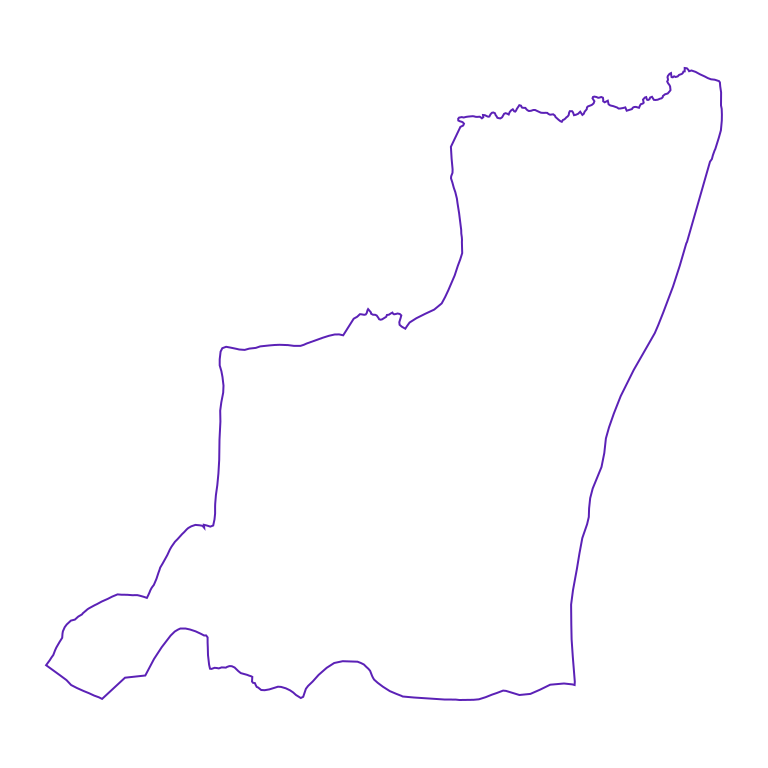 Odongk, Kâmpóng Spœ, Cambodia (Robinson projection)
{"feature_id": "14789045B64989528784016", "entity_name": "Odongk", "entity_type": "district", "adm_level": 2, "iso_a3": "KHM", "parent_name": "Cambodia", "parent_adm1": "Kâmpóng Spœ", "projection": "robinson", "projection_center": [104.6, 11.691], "detail": "fine", "context": "isolated", "style": "outline", "palette": "violet", "viewbox_px": 768, "rotation_deg": 0, "n_neighbors": 0, "source": "geoboundaries", "source_scale": "gbopen_adm2", "svg_char_len": 6035}
<svg xmlns="http://www.w3.org/2000/svg" viewBox="0 0 768 768"><path d="M460.4,126.9L450.9,146.8L451.6,158.6L452.6,169.4L452.5,172.8L451.2,176.2L451.0,178.3L452.4,182.6L453.8,187.8L455.3,192.1L456.9,198.6L457.5,203.1L459.1,213.2L461.2,230.0L461.3,233.6L461.8,237.1L462.0,239.8L461.9,242.0L462.2,253.1L460.2,259.5L457.8,265.9L454.7,275.4L448.3,290.3L445.1,297.1L441.7,303.4L434.2,309.6L425.2,313.8L416.4,318.2L409.6,322.5L407.0,326.1L405.3,328.7L401.8,326.7L399.6,324.8L399.3,322.2L400.6,318.0L401.3,315.4L399.8,314.0L397.6,313.5L395.8,314.0L394.1,314.3L393.0,313.6L392.4,312.6L390.9,313.4L388.9,314.7L386.9,315.0L386.2,316.8L382.0,319.4L380.5,319.7L379.1,319.2L378.4,317.9L376.7,315.5L375.2,314.8L372.9,314.7L371.1,313.7L370.9,312.4L368.1,309.1L367.5,310.2L366.7,313.1L365.7,314.5L364.2,314.8L361.3,314.3L359.9,314.2L358.1,315.9L357.1,316.8L355.3,317.8L353.7,318.7L343.2,335.3L339.1,334.4L334.6,334.5L328.9,335.8L322.9,337.7L306.7,343.5L303.8,344.8L300.4,345.9L294.2,345.9L288.0,345.1L282.5,344.9L279.5,344.8L274.5,345.0L269.7,345.4L260.2,346.4L255.8,347.9L249.3,348.6L244.7,349.9L239.2,349.5L236.7,348.9L230.5,347.6L226.1,346.8L222.3,348.2L220.6,351.6L219.7,359.3L219.7,365.4L221.4,371.2L222.5,377.1L223.5,385.6L223.2,392.6L221.3,402.4L220.2,410.6L220.4,421.6L219.5,439.6L219.2,460.0L218.4,473.7L217.3,485.2L215.9,495.2L215.2,503.8L215.1,506.7L215.1,513.6L214.5,519.4L213.2,525.5L210.3,526.6L206.8,525.5L203.9,524.8L204.2,527.8L202.5,525.8L199.7,525.3L195.4,524.9L191.3,526.3L188.3,528.0L186.7,529.4L184.2,532.1L182.0,534.2L177.5,539.2L175.0,541.7L171.5,546.7L169.9,549.5L167.3,555.1L162.7,563.4L160.2,567.6L159.5,569.9L158.5,572.6L156.5,578.7L154.9,582.5L153.8,585.0L152.6,586.5L151.5,588.1L150.3,590.4L149.6,592.2L148.3,595.1L146.9,597.9L143.7,596.8L139.4,595.6L137.1,595.1L132.3,595.2L127.4,594.8L121.2,594.7L119.0,594.5L117.5,594.4L112.2,596.6L107.7,598.9L101.8,601.5L97.0,604.1L94.7,605.2L89.0,608.3L87.6,609.2L82.8,613.3L82.0,614.4L78.2,616.6L74.9,619.6L70.9,620.6L66.7,624.5L64.7,627.2L62.9,631.3L62.5,633.6L62.2,637.8L59.6,641.9L56.3,647.6L55.0,650.5L53.3,655.0L51.6,657.3L49.7,660.3L46.1,665.2L59.6,675.0L66.5,680.1L71.1,685.0L76.9,688.0L83.6,691.0L89.0,693.2L94.2,695.6L98.9,697.3L102.1,698.9L125.0,677.7L145.3,675.5L154.0,659.0L161.7,647.2L170.6,635.6L174.8,631.5L178.0,629.6L180.4,628.5L185.4,628.5L190.0,629.5L195.5,631.3L200.9,633.8L204.1,635.5L206.1,635.4L207.6,637.4L207.6,642.5L207.8,647.6L208.0,655.1L209.1,664.7L210.0,668.7L211.5,668.9L214.6,667.8L216.7,668.0L218.8,668.4L221.6,667.4L225.9,667.6L227.1,666.9L229.4,666.1L231.8,666.2L234.6,667.5L238.4,671.2L240.8,673.1L247.3,674.9L249.0,675.6L251.0,676.2L252.3,676.9L252.0,681.5L253.0,682.8L254.9,683.1L255.6,684.8L256.7,686.9L258.1,687.5L261.2,690.0L264.7,690.2L269.3,689.4L278.0,686.7L281.0,686.9L285.8,688.3L290.0,690.3L293.1,692.4L296.0,695.0L300.8,698.0L303.2,696.8L305.9,688.8L308.1,685.9L312.7,681.5L318.6,674.9L326.7,667.8L334.2,663.0L342.7,661.2L357.5,661.7L360.9,663.0L363.9,664.5L366.1,666.7L368.4,668.8L370.1,670.8L372.0,675.7L372.9,677.6L374.1,679.6L377.7,682.8L382.9,686.7L389.8,691.1L396.4,693.9L401.3,695.8L402.7,696.5L413.8,697.5L444.2,699.5L455.8,699.6L459.4,700.0L473.5,699.8L478.9,699.3L485.6,697.2L492.1,694.6L496.8,693.0L503.1,690.6L506.0,690.9L519.4,695.0L530.4,693.9L540.0,689.7L550.2,684.7L564.0,683.5L572.4,684.4L574.6,685.0L574.8,681.7L573.9,670.4L572.8,656.8L571.6,639.2L571.3,624.6L571.1,604.6L573.0,590.1L576.9,568.9L579.4,553.7L582.3,538.1L587.1,524.2L588.8,517.0L589.1,508.3L590.2,498.1L592.7,488.5L601.5,467.0L604.3,453.0L605.9,438.4L609.0,427.4L613.9,413.4L620.7,396.1L633.7,370.0L648.7,343.8L654.8,333.1L658.2,325.2L663.2,312.6L673.0,286.6L679.8,265.6L686.3,243.3L687.0,242.0L710.0,161.7L711.9,159.0L712.9,155.2L714.5,150.7L715.3,149.0L718.8,137.8L720.9,130.3L721.8,120.5L721.9,114.7L721.7,108.9L721.0,105.4L721.1,92.4L720.2,86.2L719.9,82.4L719.0,81.1L714.7,79.7L711.0,79.3L707.8,78.1L704.8,76.5L700.0,74.3L695.6,71.9L691.5,70.5L689.1,71.2L688.4,69.9L686.9,68.3L684.7,68.0L684.7,71.4L683.4,71.6L682.7,73.2L681.7,74.0L679.1,74.9L677.7,76.4L675.6,77.0L674.1,76.3L672.8,77.3L671.6,77.1L671.3,75.6L671.0,73.1L669.5,73.9L667.9,75.9L667.5,77.2L667.8,78.4L668.0,79.9L667.2,81.5L668.1,83.3L669.3,84.8L670.1,86.4L670.5,90.1L669.8,91.1L667.7,93.5L665.0,94.3L662.9,96.0L662.7,97.2L661.6,98.3L660.0,98.7L657.7,99.7L655.4,100.0L653.8,99.8L652.0,96.8L650.2,97.5L649.4,99.3L648.0,100.0L646.9,99.6L646.2,97.1L644.9,97.5L643.0,99.6L643.7,102.7L642.7,103.6L640.8,104.2L640.0,105.5L639.0,107.8L635.9,106.9L634.2,107.0L632.8,107.7L631.9,109.1L626.7,110.7L625.3,107.4L623.1,108.0L620.3,108.5L618.5,108.5L617.1,107.5L613.2,106.1L611.8,105.8L610.2,105.4L608.6,104.3L607.8,100.7L604.7,102.3L603.2,101.3L603.2,99.4L602.9,97.7L601.2,97.0L599.5,97.6L598.2,97.8L596.4,97.0L594.3,96.6L593.0,97.0L592.5,98.3L593.5,99.9L594.4,101.2L593.6,103.4L592.0,104.8L590.7,105.4L589.5,105.8L587.8,106.5L587.0,107.4L586.7,109.3L584.7,111.6L583.7,113.9L582.4,114.9L580.2,111.7L578.1,113.8L575.8,114.8L574.0,115.2L573.6,114.0L573.0,112.4L572.1,111.2L569.8,111.2L569.1,112.7L568.7,115.0L567.7,116.4L566.2,117.5L565.4,118.5L564.1,119.5L562.9,120.0L561.8,121.8L560.4,121.2L558.5,119.7L555.5,117.0L554.9,115.6L553.2,114.3L550.1,114.7L548.5,114.0L547.3,112.9L545.6,112.8L543.3,112.9L540.9,112.7L537.2,111.0L535.1,110.0L533.3,110.0L531.0,110.8L528.9,111.0L527.4,110.2L526.1,108.9L525.4,107.9L523.0,107.8L521.9,107.5L521.0,105.7L519.3,105.2L518.4,106.6L516.9,108.8L516.0,110.7L515.2,111.6L514.2,111.3L512.8,109.3L511.1,110.4L509.6,112.2L508.7,114.5L507.0,113.6L505.5,113.2L504.1,113.8L502.1,117.3L500.4,118.4L498.9,118.2L497.4,117.8L496.5,116.2L495.7,115.2L494.9,113.2L493.3,112.5L491.9,112.8L490.5,114.3L489.4,116.5L488.2,116.7L486.9,116.2L484.9,115.2L483.0,115.0L483.3,117.2L481.9,118.3L480.8,117.4L479.7,116.7L477.1,116.9L475.6,116.8L473.8,116.3L472.5,116.2L468.1,116.6L466.1,116.9L463.7,117.5L461.7,117.1L459.1,117.6L458.2,118.7L458.3,120.5L459.7,121.2L460.7,121.5L462.0,121.9L463.0,122.5L464.0,123.7L463.2,125.5L460.4,126.9Z" fill="none" stroke="#5b21b6" stroke-width="2"/></svg>